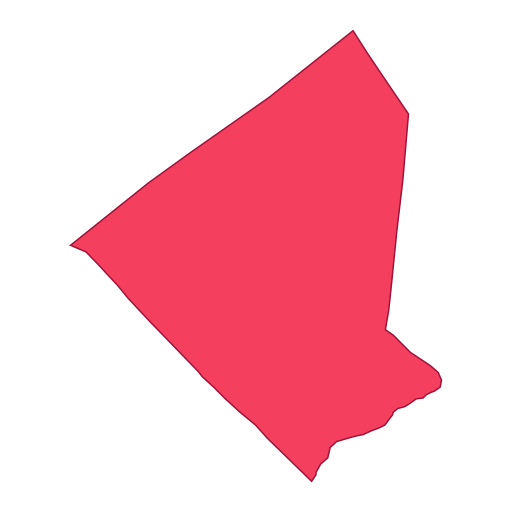 the district of Magta lahjar, Brakna, Mauritania
{"feature_id": "47542326B18376526841546", "entity_name": "Magta lahjar", "entity_type": "district", "adm_level": 2, "iso_a3": "MRT", "parent_name": "Mauritania", "parent_adm1": "Brakna", "projection": "mercator", "projection_center": [-12.791, 17.745], "detail": "fine", "context": "isolated", "style": "filled", "palette": "rose", "viewbox_px": 512, "rotation_deg": 0, "n_neighbors": 0, "source": "geoboundaries", "source_scale": "gbopen_adm2", "svg_char_len": 809}
<svg xmlns="http://www.w3.org/2000/svg" viewBox="0 0 512 512"><path d="M311.6,481.3L315.9,475.0L316.1,472.2L320.7,464.0L327.7,458.0L330.2,447.5L336.7,441.5L347.7,438.3L350.8,437.4L356.0,436.0L363.0,434.6L370.9,431.0L379.3,427.8L384.9,425.0L392.6,414.7L393.3,412.2L397.7,408.5L404.9,406.6L410.8,402.8L416.1,398.9L423.1,398.0L426.2,394.8L431.1,392.3L434.5,391.1L440.2,387.1L441.5,380.1L438.2,372.5L430.3,365.6L410.5,352.5L393.3,335.2L385.4,329.7L388.7,310.3L391.3,286.1L396.8,231.3L402.8,180.4L408.5,114.0L389.6,86.2L368.1,54.3L353.0,30.7L268.9,97.5L190.1,152.8L148.3,183.0L70.5,245.3L86.0,251.9L98.5,264.8L106.3,273.3L116.8,284.5L128.6,298.8L150.4,322.1L198.6,371.9L202.3,376.8L214.1,387.5L224.6,398.1L239.5,411.8L255.7,425.2L267.5,438.4L311.6,481.3Z" fill="#f43f5e" stroke="#9f1239" stroke-width="1.5"/></svg>